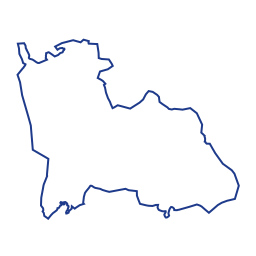 the district of Kiri Kasama, Jigawa, Nigeria, rotated 86°
{"feature_id": "59680162B41078826165134", "entity_name": "Kiri Kasama", "entity_type": "district", "adm_level": 2, "iso_a3": "NGA", "parent_name": "Nigeria", "parent_adm1": "Jigawa", "projection": "albers", "projection_center": [10.22, 12.6], "detail": "fine", "context": "isolated", "style": "outline", "palette": "blue", "viewbox_px": 256, "rotation_deg": 86, "n_neighbors": 0, "source": "geoboundaries", "source_scale": "gbopen_adm2", "svg_char_len": 3782}
<svg xmlns="http://www.w3.org/2000/svg" viewBox="0 0 256 256"><g transform="rotate(86 128 128)"><path d="M113.5,72.3L112.9,75.5L112.1,80.5L112.6,83.0L111.8,85.9L110.2,87.2L106.6,91.9L104.2,94.7L99.1,95.0L97.0,96.6L93.7,100.8L92.6,104.8L95.6,107.8L100.6,110.9L103.5,114.7L108.8,124.5L105.7,133.4L104.6,136.7L105.9,139.2L106.5,140.4L107.1,142.0L104.9,142.8L103.0,143.5L100.8,144.1L96.8,145.9L91.1,147.5L86.1,148.1L83.3,149.0L82.3,147.5L79.5,149.6L78.2,151.2L76.0,154.7L69.7,152.0L68.0,144.0L65.0,138.9L62.7,139.8L58.3,142.3L57.3,149.5L56.2,152.3L51.0,152.1L42.1,152.8L41.8,155.6L41.1,161.3L40.8,161.4L39.9,161.5L38.6,161.1L36.8,166.2L39.2,169.3L36.6,176.6L38.7,188.0L41.7,195.0L45.0,192.9L43.7,190.5L43.6,187.9L44.2,187.2L44.3,186.5L44.4,186.0L45.0,185.9L45.3,186.2L45.6,186.3L45.7,186.5L45.9,186.8L46.1,186.8L46.3,187.1L46.9,187.4L47.5,187.7L48.0,188.1L48.1,188.7L48.3,189.5L48.5,190.0L48.6,190.5L48.9,190.8L50.3,192.6L51.5,196.1L49.4,198.6L47.4,201.1L46.9,201.8L47.0,202.5L47.2,203.0L47.7,204.5L48.8,204.5L50.2,204.9L51.3,204.8L52.5,205.2L54.2,204.1L54.5,205.0L56.3,210.2L56.6,211.2L56.9,211.9L56.9,212.8L56.7,213.7L56.0,214.7L55.5,215.4L54.8,216.2L53.7,217.6L53.0,218.6L52.8,219.3L52.6,219.8L52.4,220.3L52.3,220.8L51.9,221.5L51.5,221.8L51.2,222.0L50.4,221.9L50.0,221.7L49.6,221.6L49.1,221.5L48.8,221.5L48.4,221.5L47.8,221.7L47.2,221.9L46.5,222.2L45.9,222.4L45.2,222.7L44.2,223.2L43.4,223.5L43.1,223.7L42.8,223.8L42.5,223.7L42.1,224.0L41.2,224.4L40.6,224.4L40.0,224.4L39.6,224.4L39.1,224.5L38.7,224.5L37.3,225.1L37.0,225.4L36.2,225.7L36.2,232.0L41.0,231.2L46.5,231.2L52.0,229.0L54.4,228.4L55.9,228.1L57.3,225.8L58.1,226.1L59.2,227.0L59.8,227.6L60.5,228.0L61.3,229.0L61.6,229.2L67.2,234.5L74.8,232.5L88.0,231.3L109.4,226.7L118.7,224.8L134.3,224.6L143.1,224.5L153.2,209.6L169.6,212.2L170.2,212.0L178.5,216.0L180.6,216.6L181.5,216.8L190.0,219.0L191.6,219.4L196.4,219.9L199.3,220.2L202.2,218.3L204.1,218.2L205.3,219.0L206.7,218.0L209.9,217.6L212.3,214.6L212.9,214.0L209.4,210.7L207.6,208.7L206.5,206.9L205.4,205.3L205.2,205.0L204.2,204.1L203.1,204.0L202.7,202.3L200.6,201.0L200.5,200.0L199.8,199.4L199.1,199.7L198.4,200.5L197.9,200.7L197.2,200.1L197.5,199.4L198.1,199.4L198.4,199.0L198.9,198.7L199.3,198.2L199.8,197.5L199.6,196.6L199.2,196.5L198.7,196.7L198.3,197.1L197.7,197.6L197.5,196.6L197.5,195.6L198.1,194.9L198.7,194.3L199.3,193.9L199.9,194.1L200.6,194.2L201.1,193.9L201.1,193.3L201.7,192.8L202.6,192.8L203.4,193.2L204.1,193.6L205.0,193.7L205.6,194.1L206.4,194.9L207.2,195.3L208.1,195.7L209.0,195.5L208.9,194.6L208.3,193.2L207.5,192.9L206.6,192.5L204.5,189.8L202.2,189.5L204.7,186.8L203.8,185.4L201.6,181.5L200.6,177.3L200.1,177.7L199.3,177.9L193.6,176.8L189.7,175.4L187.9,173.9L185.5,171.6L184.6,170.8L183.5,170.0L183.0,169.5L183.0,168.9L183.3,168.0L183.9,167.2L184.7,166.2L185.4,165.0L186.8,159.9L188.0,157.8L189.6,153.6L190.4,151.1L188.5,134.7L190.1,131.7L191.6,123.6L196.1,123.8L200.0,122.7L204.5,121.3L206.4,115.3L207.0,112.9L207.5,108.9L206.7,105.6L206.8,103.4L208.4,103.9L209.5,104.0L210.7,103.6L211.8,103.0L212.5,101.7L213.3,99.9L213.6,98.6L213.6,97.1L213.6,96.3L214.4,96.2L215.8,97.1L216.9,97.8L217.9,97.6L218.9,97.2L219.9,96.6L220.0,95.5L219.0,93.7L218.2,93.1L217.0,93.4L215.8,93.6L214.0,93.0L212.3,92.4L210.8,91.5L209.8,90.5L210.1,89.3L210.8,88.4L211.7,87.7L213.1,87.6L213.4,84.9L213.2,84.0L213.1,82.9L210.9,72.3L209.1,64.6L210.4,61.6L211.5,60.0L214.7,56.8L218.2,53.2L211.1,43.7L209.1,39.7L207.5,34.2L206.2,26.3L193.3,21.5L181.0,25.0L177.4,27.4L170.3,35.9L159.3,42.7L154.6,45.0L149.4,47.5L149.1,50.6L148.7,51.0L147.9,51.6L147.5,51.7L147.2,51.8L147.0,52.2L146.9,52.4L145.8,52.0L144.1,51.8L143.4,51.9L142.8,52.0L142.3,52.2L141.9,52.3L141.7,52.2L141.2,52.0L137.7,55.2L129.8,53.8L118.1,58.3L112.5,64.5L113.5,72.3Z" fill="none" stroke="#1e3a8a" stroke-width="2"/></g></svg>